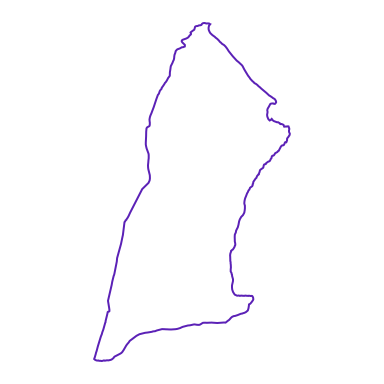 the district of Forto, Gash Barka, Eritrea
{"feature_id": "51966322B10188364788737", "entity_name": "Forto", "entity_type": "district", "adm_level": 2, "iso_a3": "ERI", "parent_name": "Eritrea", "parent_adm1": "Gash Barka", "projection": "equal_earth", "projection_center": [37.054, 15.822], "detail": "fine", "context": "isolated", "style": "outline", "palette": "violet", "viewbox_px": 384, "rotation_deg": 0, "n_neighbors": 0, "source": "geoboundaries", "source_scale": "gbopen_adm2", "svg_char_len": 5962}
<svg xmlns="http://www.w3.org/2000/svg" viewBox="0 0 384 384"><path d="M288.5,126.4L287.8,126.3L286.8,126.6L286.2,126.4L284.8,126.7L284.2,126.7L283.6,125.0L283.4,124.8L281.6,124.0L280.5,124.1L280.3,124.0L279.9,123.7L279.8,123.3L279.7,123.1L278.8,122.7L278.0,122.2L277.1,122.3L273.9,121.1L272.6,120.2L272.3,119.6L271.7,118.9L270.7,120.0L269.7,120.5L268.4,119.2L267.5,117.1L267.2,116.0L267.1,114.6L267.5,112.6L267.5,111.4L267.3,110.6L267.3,110.0L267.7,108.6L268.8,106.8L270.3,104.0L271.1,103.6L273.1,103.4L274.1,103.9L274.9,103.9L275.6,103.1L276.1,102.4L276.1,101.8L275.7,100.5L275.4,100.1L275.0,99.4L274.3,98.8L272.9,98.0L272.2,97.4L271.4,96.9L270.5,96.2L269.3,95.6L266.3,92.8L261.4,88.7L259.4,86.8L258.7,86.4L257.4,85.0L255.8,83.8L254.4,83.1L253.8,82.3L252.4,81.1L250.2,78.7L249.7,77.8L248.0,75.6L244.8,70.3L244.0,68.9L242.9,66.7L242.3,65.7L241.5,64.8L240.7,64.1L238.7,62.2L236.7,60.6L232.8,56.3L228.8,51.3L226.9,48.3L226.4,47.7L225.5,46.5L224.1,45.1L222.0,43.8L220.8,42.5L220.4,42.3L219.7,41.6L218.7,40.3L218.2,39.9L217.5,39.1L215.3,37.4L214.9,36.9L212.4,35.1L210.5,33.3L209.9,32.5L208.9,30.4L208.6,29.1L208.6,28.5L208.6,27.6L209.0,25.7L210.2,24.2L209.5,23.9L209.1,23.5L208.8,23.4L208.1,23.5L207.5,23.4L206.3,23.5L204.7,23.0L203.3,23.1L202.6,23.4L201.9,24.0L201.4,24.9L200.1,25.3L199.5,25.3L198.6,25.5L197.7,26.0L196.3,26.1L195.4,26.5L195.1,26.8L194.3,29.6L194.0,29.9L192.9,30.6L190.6,32.4L190.5,32.6L191.0,33.7L191.0,34.1L190.7,34.6L189.4,35.7L189.1,36.4L188.7,36.8L187.8,37.7L186.3,38.5L182.9,39.7L182.2,40.1L181.8,40.6L181.7,41.3L182.1,42.1L182.6,42.7L184.6,44.6L184.9,45.0L184.8,46.5L183.0,47.2L181.8,47.3L179.7,48.5L177.4,49.3L176.7,49.9L175.7,51.1L175.3,52.8L174.5,54.9L174.2,57.0L174.2,57.8L173.8,59.8L173.1,61.2L172.5,62.8L170.8,66.2L170.6,67.5L170.4,69.1L169.9,72.2L169.8,75.5L169.6,76.1L168.2,77.9L166.8,80.6L165.7,82.2L164.9,83.0L164.4,84.0L163.0,86.1L162.4,86.9L161.7,87.9L161.6,88.7L160.0,90.6L159.5,91.8L159.0,93.4L158.6,94.1L157.9,94.9L156.4,99.0L153.7,107.2L152.1,111.4L151.4,113.3L150.4,115.6L149.9,117.2L149.5,119.4L149.6,121.2L149.8,122.4L149.8,124.4L149.6,125.7L149.2,126.2L148.3,126.7L147.9,126.9L147.0,127.5L146.5,128.4L146.2,131.6L146.1,136.4L145.8,142.5L145.8,144.6L146.1,146.3L146.6,148.4L148.5,153.6L148.7,154.9L148.7,158.2L148.4,160.7L148.3,162.3L148.0,165.2L148.1,167.5L148.3,169.1L149.8,175.2L149.9,177.2L149.9,178.7L149.6,180.5L148.5,182.9L142.2,189.1L130.2,212.5L128.6,216.0L127.6,217.8L126.6,219.2L126.3,219.9L125.6,220.3L125.1,221.5L124.5,222.1L122.9,235.0L122.3,237.7L121.0,244.0L117.1,258.1L116.8,261.5L114.4,273.7L114.1,274.9L113.7,275.8L112.9,279.0L112.2,281.9L111.7,284.8L108.0,300.8L109.1,307.6L109.4,309.7L109.4,311.1L108.9,311.6L108.0,311.8L107.7,312.1L107.3,314.1L105.8,320.2L105.6,321.1L105.5,322.3L105.2,322.8L103.3,329.6L102.3,332.3L101.8,334.2L100.9,336.4L100.5,337.7L97.9,346.2L96.6,351.1L96.0,352.8L95.7,354.2L95.3,355.5L94.7,357.6L94.3,358.4L94.2,359.0L94.4,359.1L94.9,359.7L96.1,360.3L96.7,360.5L97.9,360.6L98.5,360.5L99.1,360.8L99.6,360.8L100.7,360.8L101.2,361.0L102.4,360.9L104.0,360.4L104.8,360.7L106.9,360.3L107.6,360.3L108.4,360.4L110.6,359.9L111.4,359.6L112.1,359.2L113.5,358.0L114.1,357.1L114.6,356.6L120.0,353.8L121.3,353.0L122.3,352.0L122.7,351.4L123.7,349.9L126.3,345.4L127.6,343.7L128.6,342.6L129.4,341.4L129.7,340.9L136.5,335.8L139.5,334.2L145.1,332.8L147.7,332.5L151.9,331.8L153.0,331.4L155.1,331.2L156.7,330.5L162.1,329.1L170.8,329.5L175.4,329.2L177.3,328.9L180.3,328.0L181.4,327.4L182.9,326.8L187.9,325.5L190.0,325.3L193.6,324.5L194.6,324.4L197.0,324.8L199.0,324.9L200.0,324.6L201.2,323.9L202.4,323.1L203.0,322.8L205.0,322.7L206.9,322.8L211.5,322.6L217.3,323.0L224.0,322.5L225.6,322.6L228.1,320.6L228.9,320.1L229.7,319.3L230.9,317.9L231.9,317.0L232.6,316.6L233.8,316.1L235.2,315.9L237.6,315.1L240.8,313.8L242.4,313.5L243.1,313.2L244.5,312.8L245.9,312.1L247.8,310.5L248.1,309.6L248.5,308.2L248.9,305.7L249.0,304.4L250.3,303.7L251.7,302.0L252.9,300.3L253.3,299.4L253.2,298.0L253.0,297.3L252.3,296.1L251.7,295.9L250.7,296.0L248.9,295.7L248.5,295.9L247.0,295.8L245.1,295.6L244.6,295.8L242.9,295.8L241.7,295.6L241.2,295.7L240.5,295.7L239.9,295.9L238.8,295.5L237.8,295.7L237.1,295.7L234.9,294.7L234.3,294.0L233.0,291.9L232.2,289.5L232.0,287.5L232.0,285.5L232.2,284.5L232.9,281.5L233.0,280.5L233.0,279.2L232.1,276.0L232.0,274.7L231.6,273.9L231.6,273.2L230.7,271.5L230.7,271.1L230.7,269.4L230.9,267.5L230.8,264.8L230.6,263.4L230.6,262.1L230.3,261.0L230.3,259.9L230.2,256.6L230.1,255.6L230.3,253.7L231.0,251.7L231.1,251.0L231.3,251.0L231.5,250.5L232.2,249.9L233.0,249.4L233.2,249.0L233.7,248.3L234.4,247.1L234.8,246.1L234.9,245.6L235.1,245.4L235.3,244.9L235.2,243.3L234.8,241.3L234.8,240.2L234.7,237.0L234.8,234.9L234.9,234.4L235.8,232.5L236.1,230.7L237.3,228.2L237.7,227.6L238.5,224.7L239.1,221.4L239.8,219.4L241.2,216.9L242.9,215.2L243.8,213.6L244.3,212.6L244.7,210.3L244.9,208.4L244.9,205.7L244.5,204.3L244.3,203.3L244.5,201.1L244.9,199.1L245.4,197.6L245.9,196.5L247.1,193.3L247.8,192.2L248.5,190.5L248.9,190.0L249.3,189.7L250.1,187.7L252.2,186.2L252.6,185.4L252.6,184.6L252.7,184.1L253.0,183.9L253.1,183.6L253.3,182.0L254.1,180.7L255.2,179.2L255.5,178.6L256.4,177.9L256.9,176.4L257.4,175.6L257.8,175.3L258.2,174.6L258.7,174.5L258.9,174.3L258.9,173.5L259.4,172.5L260.0,170.2L260.7,169.5L263.0,167.9L263.3,167.5L263.7,165.5L264.1,164.6L264.5,164.3L265.3,164.2L265.7,164.1L266.2,163.1L268.3,161.6L269.3,161.3L269.9,160.8L270.1,160.5L270.6,159.2L271.4,158.3L271.8,156.5L272.2,155.9L272.5,155.7L273.4,155.6L273.8,155.3L274.2,154.9L275.2,153.2L277.4,152.0L277.9,151.2L278.7,150.8L281.0,146.4L282.3,145.3L283.2,145.3L283.8,145.0L284.5,143.7L284.7,143.0L285.2,142.2L285.5,142.1L285.9,142.3L286.3,142.3L286.5,141.9L287.1,140.1L287.1,139.7L287.0,139.1L287.1,138.7L287.7,137.6L288.2,137.2L289.0,135.9L289.4,135.5L289.8,134.1L289.8,133.6L289.1,132.1L289.0,131.4L289.0,130.3L289.2,129.7L289.3,129.0L289.1,128.5L289.2,128.2L288.9,127.6L288.8,127.2L288.5,126.4Z" fill="none" stroke="#5b21b6" stroke-width="2"/></svg>